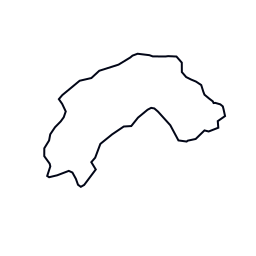 Boyo, Nord-Ouest, Cameroon (Mercator projection), rotated 216°
{"feature_id": "32672807B40523536040617", "entity_name": "Boyo", "entity_type": "district", "adm_level": 2, "iso_a3": "CMR", "parent_name": "Cameroon", "parent_adm1": "Nord-Ouest", "projection": "mercator", "projection_center": [10.331, 6.408], "detail": "fine", "context": "isolated", "style": "outline", "palette": "ink", "viewbox_px": 256, "rotation_deg": 216, "n_neighbors": 0, "source": "geoboundaries", "source_scale": "gbopen_adm2", "svg_char_len": 1035}
<svg xmlns="http://www.w3.org/2000/svg" viewBox="0 0 256 256"><g transform="rotate(216 128 128)"><path d="M153.5,199.5L159.6,196.1L163.9,193.7L166.9,189.2L167.6,186.4L172.9,173.7L184.9,157.4L187.0,146.9L194.9,137.8L200.5,116.0L200.9,110.7L195.4,108.8L188.1,104.8L186.3,98.9L186.3,93.8L187.5,85.7L187.2,77.2L184.5,71.5L183.8,62.4L179.2,56.0L170.4,53.1L168.3,51.3L165.2,41.7L162.9,41.8L157.5,48.1L150.7,58.5L146.8,59.3L140.2,56.2L135.1,52.7L131.6,52.7L130.0,56.2L129.7,75.5L137.6,78.8L137.1,84.7L141.0,98.8L140.7,100.1L137.1,113.5L132.3,126.7L126.5,131.5L126.0,142.3L122.9,154.3L121.1,157.9L118.2,159.3L113.4,158.9L95.4,155.1L79.9,147.6L72.6,151.5L72.2,152.9L66.8,158.9L64.7,171.0L60.7,172.6L55.1,181.3L59.4,186.3L58.1,190.1L56.5,194.7L61.8,199.4L64.0,201.2L67.2,201.4L72.2,199.6L73.4,198.5L75.1,199.4L79.5,199.5L85.7,199.9L88.5,201.7L94.0,205.8L100.4,205.5L105.4,204.3L110.9,203.4L117.3,204.9L122.9,212.5L130.8,214.3L133.7,212.4L137.8,209.7L139.6,208.0L150.0,200.5L153.5,199.5Z" fill="none" stroke="#020617" stroke-width="2"/></g></svg>